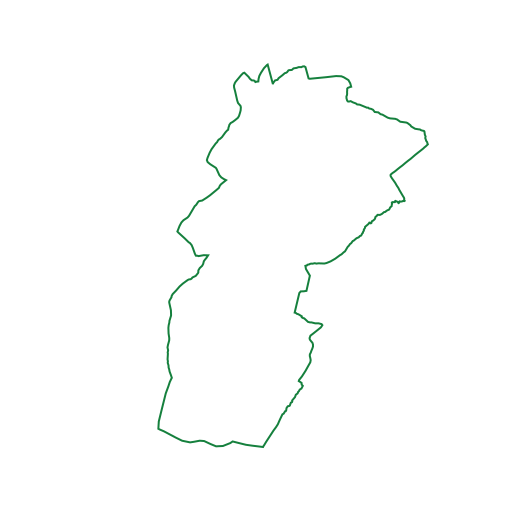 the district of Lomela, Kasaï-Oriental, Democratic Republic of the Congo, rotated 121°
{"feature_id": "63176286B89784390033972", "entity_name": "Lomela", "entity_type": "district", "adm_level": 2, "iso_a3": "COD", "parent_name": "Democratic Republic of the Congo", "parent_adm1": "Kasaï-Oriental", "projection": "mercator", "projection_center": [23.11, -2.397], "detail": "fine", "context": "isolated", "style": "outline", "palette": "green", "viewbox_px": 512, "rotation_deg": 121, "n_neighbors": 0, "source": "geoboundaries", "source_scale": "gbopen_adm2", "svg_char_len": 5735}
<svg xmlns="http://www.w3.org/2000/svg" viewBox="0 0 512 512"><g transform="rotate(121 256 256)"><path d="M71.8,166.2L70.9,167.3L70.2,168.0L69.6,169.5L69.0,170.1L67.7,171.7L66.2,172.2L65.1,173.7L62.5,175.8L62.3,176.4L62.5,177.1L62.7,177.7L62.9,178.1L63.0,178.8L63.2,179.6L63.1,180.8L63.5,181.4L65.0,185.2L65.0,185.8L65.0,189.7L64.4,191.0L64.0,194.7L64.2,195.9L66.6,201.5L66.4,204.4L66.3,205.4L66.5,206.2L66.7,207.3L69.0,212.0L69.6,214.4L69.7,220.4L70.3,222.3L69.9,225.1L71.4,228.4L70.4,231.0L70.6,233.1L71.3,235.0L71.1,236.3L71.8,237.5L71.9,238.5L72.9,245.1L74.0,247.4L73.8,249.0L74.4,252.1L74.5,254.6L75.6,255.7L76.1,256.5L76.2,256.8L76.0,257.5L75.7,258.1L74.9,258.9L74.3,259.6L73.4,260.2L72.6,260.7L71.2,260.9L69.9,261.5L69.0,262.1L68.0,262.7L67.3,263.0L65.6,264.0L64.6,263.9L63.6,263.1L62.7,262.4L61.9,261.6L59.4,264.2L57.6,267.4L57.6,272.9L58.0,275.4L60.5,280.0L66.7,288.1L76.4,301.2L76.7,302.4L68.6,310.9L68.6,312.4L69.5,313.6L70.8,314.4L72.1,316.7L74.0,318.2L74.1,318.4L75.9,320.5L77.8,321.0L78.3,321.4L79.6,323.3L80.2,323.8L82.3,324.0L83.4,324.5L84.5,325.5L87.3,326.4L91.9,328.2L93.9,328.3L95.7,330.1L98.8,330.4L100.0,330.0L85.9,344.6L86.8,345.0L90.9,345.9L96.5,346.1L99.9,345.9L102.9,345.0L105.2,343.9L106.3,345.3L107.2,346.1L106.6,347.4L106.7,348.3L107.6,350.1L107.2,352.5L107.0,353.0L106.3,354.5L104.9,360.4L105.9,361.2L108.7,361.9L112.6,362.5L117.1,363.2L118.7,363.2L121.2,362.7L122.9,361.5L125.5,358.8L132.4,352.2L134.1,350.2L135.3,346.6L136.3,345.6L139.0,344.2L141.0,343.6L144.7,342.7L146.9,342.7L150.3,343.9L153.2,345.1L155.1,346.2L157.3,346.4L158.6,346.0L160.1,345.7L162.1,344.9L163.3,345.4L165.8,345.9L171.6,346.4L174.2,347.2L175.4,347.9L176.7,348.1L178.4,348.0L180.4,348.5L183.9,348.8L187.3,349.1L191.3,348.9L196.8,348.1L199.1,347.5L200.4,345.8L200.9,342.6L201.1,335.9L201.6,334.8L205.6,329.0L206.5,326.2L206.6,323.2L206.4,320.7L212.4,322.9L214.2,323.2L216.8,322.9L219.8,323.9L227.7,326.7L231.6,328.4L236.2,330.7L238.3,333.1L239.8,333.5L242.9,333.6L244.9,334.2L256.1,334.1L258.3,334.5L262.7,336.6L265.7,337.2L269.6,337.0L275.5,336.0L275.9,334.7L277.6,326.2L278.9,320.8L278.9,319.3L279.8,316.8L281.6,314.3L285.5,309.6L286.7,307.7L285.9,306.2L285.7,305.2L282.2,301.2L280.1,297.4L283.2,297.5L285.6,297.9L287.4,298.0L290.0,297.2L292.1,297.1L295.3,298.0L298.0,298.0L299.0,297.5L299.5,297.1L300.4,296.9L304.1,297.4L307.1,299.4L308.6,299.6L309.6,300.1L310.6,301.4L311.8,302.2L316.1,304.0L317.6,304.6L321.5,305.8L326.8,306.7L331.6,307.8L333.8,307.7L334.9,307.2L338.2,307.2L339.5,307.0L340.6,306.4L346.3,301.0L350.0,298.6L350.9,298.1L356.1,296.8L357.7,296.0L360.3,295.2L362.7,294.1L367.5,291.0L367.6,290.9L371.0,288.1L372.9,287.0L375.6,286.2L377.4,285.7L379.9,284.8L382.2,282.7L384.2,282.0L385.1,281.2L390.1,278.6L391.6,277.3L393.1,276.6L393.7,275.9L394.8,274.7L396.7,273.4L397.9,272.0L399.6,270.5L401.9,267.6L403.8,265.4L404.3,265.4L408.4,265.0L412.8,264.0L420.2,262.6L435.3,258.0L447.9,254.1L454.4,250.7L454.3,249.1L453.7,244.6L453.0,231.6L452.4,224.2L449.7,216.5L447.3,213.6L443.3,209.1L441.3,205.1L440.6,198.2L439.7,192.2L435.9,186.5L429.6,181.7L427.0,180.5L425.1,174.2L423.0,167.4L420.5,161.5L417.5,154.8L416.1,151.6L415.4,151.7L414.2,151.6L410.1,151.6L404.8,151.4L396.5,151.1L392.5,150.7L389.0,150.6L386.0,151.0L383.4,151.3L378.1,151.8L376.9,151.1L374.1,151.1L373.7,150.6L372.8,150.6L370.7,151.5L368.5,151.4L367.2,150.1L366.7,150.0L363.8,150.6L362.8,149.9L362.0,150.0L361.2,150.6L360.5,150.5L356.9,149.9L354.4,150.4L352.4,149.6L351.5,149.7L351.1,149.9L349.7,149.6L348.0,149.7L346.2,148.8L343.2,149.0L342.7,150.6L341.3,151.6L341.2,153.4L341.2,154.9L340.8,155.0L340.0,155.2L335.6,154.6L328.9,154.4L323.1,154.6L319.2,154.7L317.1,155.5L315.4,157.0L314.0,158.4L312.5,159.2L310.6,159.3L308.8,159.7L306.5,160.0L304.3,160.5L302.5,161.6L301.2,163.1L300.9,164.3L299.9,166.8L298.8,167.8L296.2,168.3L293.2,167.1L283.7,163.6L281.1,163.5L280.6,164.7L281.5,167.7L283.2,170.5L284.4,174.4L285.1,175.5L285.7,177.5L285.4,178.8L284.6,182.6L285.0,183.7L284.8,184.4L285.0,185.1L284.7,185.6L284.1,185.8L284.1,189.6L284.5,191.3L284.3,192.6L284.6,193.7L265.4,199.8L263.3,199.4L261.6,196.8L259.9,194.8L245.1,199.7L241.4,206.5L239.0,208.6L237.9,207.5L237.0,207.4L235.8,206.1L234.9,205.6L234.1,204.8L233.5,203.6L231.9,201.9L231.4,200.3L230.1,198.7L227.4,193.8L227.2,193.5L225.8,192.0L222.2,189.3L217.5,186.7L211.5,184.2L211.1,183.9L210.7,183.6L207.8,182.8L206.2,182.1L200.8,182.1L199.4,181.7L197.4,181.6L196.0,181.0L193.4,180.8L192.6,180.2L189.0,179.0L187.1,177.6L185.3,177.2L184.5,176.5L183.4,176.4L181.9,176.6L181.1,176.3L180.0,176.7L178.7,176.6L177.7,177.2L176.3,177.0L175.1,177.3L174.8,177.5L174.2,177.3L170.9,176.2L170.2,176.1L169.0,176.0L168.8,175.1L169.0,174.7L168.7,174.3L168.2,174.1L167.0,174.5L166.1,174.4L165.5,173.9L163.7,173.3L162.6,173.2L161.3,173.7L160.7,173.7L159.8,173.2L158.6,173.1L158.1,173.0L157.0,171.0L156.3,170.5L155.0,169.7L152.5,168.9L151.5,167.8L150.8,167.7L149.1,166.9L148.0,166.0L147.5,165.8L147.4,165.8L145.2,166.0L143.4,165.4L142.2,166.0L141.2,166.2L140.5,167.0L140.1,167.0L139.6,166.9L138.3,164.7L138.0,164.6L137.4,165.0L137.0,164.9L136.6,162.3L136.9,161.9L137.2,161.3L137.2,161.0L136.6,160.8L135.2,161.0L135.0,160.5L135.0,160.3L134.8,159.9L134.1,159.0L133.2,158.4L132.6,157.2L132.1,157.0L131.8,157.6L131.3,158.1L130.3,158.6L129.7,159.4L129.0,160.8L128.2,162.3L127.5,163.6L126.4,165.6L125.6,167.1L125.0,168.0L124.2,169.3L123.4,171.1L122.6,172.6L121.9,173.8L121.4,174.8L120.3,177.3L119.7,178.7L119.3,179.6L118.7,180.8L118.1,181.8L117.3,182.4L116.6,182.4L115.4,182.0L114.3,181.6L113.1,181.0L111.4,180.3L110.0,179.8L109.1,179.5L106.1,178.4L102.9,177.1L99.3,175.9L95.8,174.6L93.1,173.5L87.3,171.6L83.3,170.1L80.2,168.9L77.5,167.9L76.2,167.6L74.7,167.0L71.8,166.2Z" fill="none" stroke="#15803d" stroke-width="2"/></g></svg>